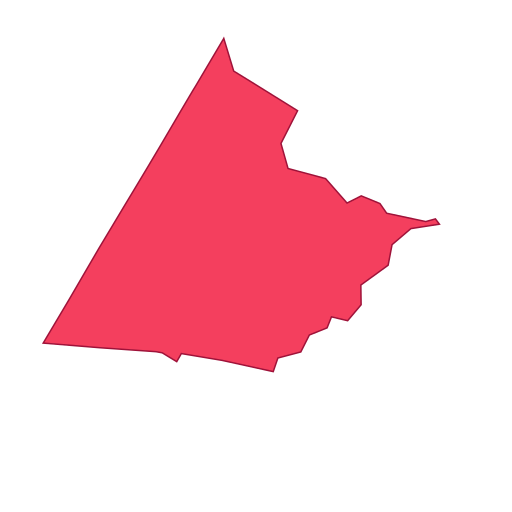 outline of Cherokee, South Carolina, United States of America, rotated 298°
{"feature_id": "52423323B2982594216676", "entity_name": "Cherokee", "entity_type": "district", "adm_level": 2, "iso_a3": "USA", "parent_name": "United States of America", "parent_adm1": "South Carolina", "projection": "albers", "projection_center": [-81.606, 35.012], "detail": "fine", "context": "isolated", "style": "filled", "palette": "rose", "viewbox_px": 512, "rotation_deg": 298, "n_neighbors": 0, "source": "geoboundaries", "source_scale": "gbopen_adm2", "svg_char_len": 794}
<svg xmlns="http://www.w3.org/2000/svg" viewBox="0 0 512 512"><g transform="rotate(298 256 256)"><path d="M370.2,403.0L373.0,397.0L366.1,389.7L355.1,351.3L360.5,340.8L358.5,320.7L345.5,311.5L357.0,281.1L348.3,243.2L367.1,225.2L403.8,224.5L407.2,174.5L408.8,149.5L433.0,125.4L432.9,125.4L377.9,122.9L373.2,122.6L366.9,122.3L344.6,121.3L344.0,121.3L308.6,119.8L283.1,118.6L260.0,117.4L237.8,116.2L214.1,115.0L189.4,113.7L173.9,113.1L153.3,112.3L150.3,112.2L129.6,111.4L79.2,109.0L101.4,160.5L107.4,174.0L124.6,212.7L126.5,218.7L126.1,225.1L125.5,235.6L134.8,235.9L147.9,275.0L162.0,325.5L176.2,323.2L192.3,340.6L211.3,340.2L225.9,352.5L237.7,351.2L241.9,367.3L262.3,371.7L279.6,362.2L309.9,377.0L329.9,370.8L352.9,379.9L370.2,403.0Z" fill="#f43f5e" stroke="#9f1239" stroke-width="1.5"/></g></svg>